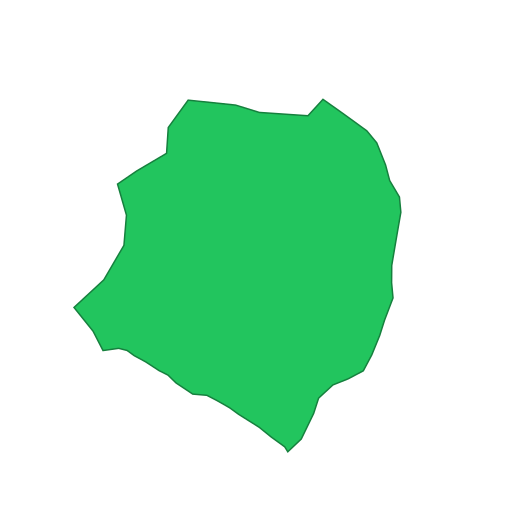 the district of Goufes, Cyprus, rotated 216°
{"feature_id": "46923920B80700863058224", "entity_name": "Goufes", "entity_type": "district", "adm_level": 2, "iso_a3": "CYP", "parent_name": "Cyprus", "parent_adm1": "", "projection": "natural_earth1", "projection_center": [33.693, 35.284], "detail": "fine", "context": "isolated", "style": "filled", "palette": "green", "viewbox_px": 512, "rotation_deg": 216, "n_neighbors": 0, "source": "geoboundaries", "source_scale": "gbopen_adm2", "svg_char_len": 829}
<svg xmlns="http://www.w3.org/2000/svg" viewBox="0 0 512 512"><g transform="rotate(216 256 256)"><path d="M373.0,107.4L343.6,99.4L324.2,89.6L312.8,100.6L304.8,103.8L295.9,103.8L283.1,105.5L267.0,106.3L257.3,107.9L246.1,106.3L226.0,107.1L213.9,114.4L202.7,116.1L188.2,117.7L176.9,117.7L164.9,118.5L152.8,119.3L137.5,118.5L120.6,118.5L115.2,116.3L111.8,134.5L116.8,162.5L121.8,177.8L118.0,196.9L109.2,210.9L101.7,226.2L104.2,244.0L109.2,264.4L114.3,279.7L120.5,302.6L130.6,314.1L140.6,328.1L148.2,343.4L157.0,361.2L164.5,376.5L174.6,388.0L192.2,395.6L204.7,405.8L224.8,418.5L239.9,422.4L268.8,422.4L293.9,422.1L296.4,400.0L337.7,374.1L361.2,366.1L402.5,342.2L402.5,308.4L388.7,286.5L402.5,254.7L410.3,232.8L384.8,212.9L369.1,187.0L367.1,167.1L365.1,147.2L373.0,107.4Z" fill="#22c55e" stroke="#15803d" stroke-width="1.5"/></g></svg>